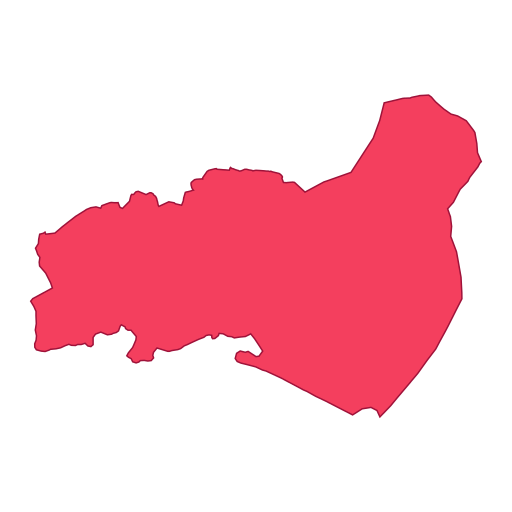 Al Makhrim, Homs (Hims), Syria
{"feature_id": "27442178B17685723948764", "entity_name": "Al Makhrim", "entity_type": "district", "adm_level": 2, "iso_a3": "SYR", "parent_name": "Syria", "parent_adm1": "Homs (Hims)", "projection": "albers", "projection_center": [37.338, 34.825], "detail": "fine", "context": "isolated", "style": "filled", "palette": "rose", "viewbox_px": 512, "rotation_deg": 0, "n_neighbors": 0, "source": "geoboundaries", "source_scale": "gbopen_adm2", "svg_char_len": 5027}
<svg xmlns="http://www.w3.org/2000/svg" viewBox="0 0 512 512"><path d="M379.9,416.9L385.7,410.9L390.7,405.7L392.5,403.5L397.2,397.8L410.4,382.2L411.0,381.4L414.9,376.8L417.9,373.2L421.6,368.0L427.2,360.2L435.7,349.1L436.5,347.6L439.4,342.1L445.2,331.5L448.1,326.0L454.8,312.7L456.4,309.5L461.9,298.8L461.8,292.7L461.0,277.2L457.9,259.5L456.5,251.8L452.8,241.9L451.3,238.0L450.7,236.4L451.2,230.9L451.6,226.4L450.4,216.6L449.3,213.7L448.9,212.4L447.6,208.8L453.4,202.3L458.5,192.4L460.2,189.2L465.5,183.8L467.9,181.3L468.7,179.5L469.8,177.3L477.8,167.0L478.8,165.1L479.7,163.3L481.3,161.6L480.8,160.5L477.5,152.7L476.8,143.5L474.9,132.6L473.7,130.6L466.3,120.8L457.7,116.0L455.7,115.4L451.0,114.1L443.7,109.0L439.8,105.6L435.6,101.9L433.9,100.0L431.5,97.2L431.3,97.0L428.7,95.1L419.6,95.6L419.0,95.8L417.7,96.1L411.8,97.3L409.8,98.1L407.9,98.1L406.1,98.2L405.2,98.2L404.8,98.2L402.7,98.4L401.5,98.7L400.6,98.9L398.2,99.5L396.6,99.9L395.8,100.1L395.3,100.2L393.5,100.6L392.4,100.9L390.2,101.4L387.2,102.1L386.5,102.3L385.2,102.6L384.9,102.7L384.2,102.8L381.9,111.9L379.7,120.6L377.9,125.4L373.2,138.2L369.8,143.4L351.0,172.4L326.8,181.0L324.0,181.9L305.0,192.1L298.5,186.1L294.5,182.4L292.6,182.1L291.9,182.2L291.5,182.2L286.8,182.6L286.7,182.7L283.5,182.5L283.0,181.4L283.0,181.2L282.5,179.9L281.9,178.1L282.3,177.5L282.4,177.2L282.4,176.7L281.7,175.6L280.6,174.5L280.2,174.2L279.2,173.5L272.2,171.8L270.8,171.2L270.0,171.5L269.8,171.5L268.7,171.2L268.3,171.1L266.8,171.1L263.7,170.8L259.6,170.5L259.3,170.5L256.0,170.3L255.3,170.4L254.1,170.6L252.9,170.9L252.0,170.4L251.9,170.4L249.8,170.0L249.4,170.0L247.5,169.5L246.7,169.3L244.7,169.3L242.9,170.1L242.0,170.5L241.1,170.8L240.2,171.0L239.3,171.1L238.6,170.6L237.9,170.4L237.2,170.3L237.1,170.2L235.5,169.7L235.4,169.7L235.2,169.6L233.8,169.0L233.3,168.8L233.0,168.7L232.7,168.6L231.7,168.5L231.4,168.2L230.8,167.6L230.5,167.4L230.1,168.0L229.3,170.2L229.1,170.2L225.7,169.9L223.8,169.8L218.9,169.4L218.2,169.4L217.5,169.3L217.4,169.3L217.1,169.2L216.9,169.2L216.3,168.6L215.8,168.7L215.6,168.7L214.9,168.8L214.4,168.9L213.6,169.1L208.8,170.3L207.6,171.1L207.1,171.4L205.7,173.4L202.9,177.4L202.7,178.1L202.7,179.0L201.7,178.9L201.2,178.9L200.7,179.0L199.8,179.0L198.3,179.1L197.0,179.2L196.8,179.2L196.2,179.3L194.5,179.7L193.9,180.2L192.9,181.0L192.1,181.8L191.6,182.1L191.2,182.6L191.0,183.6L191.1,185.0L191.5,186.5L191.8,187.8L192.4,188.8L193.0,189.7L193.4,190.2L192.3,190.4L191.0,190.9L190.0,191.2L189.1,191.4L188.0,191.7L186.4,192.0L185.3,192.4L183.7,197.9L183.3,200.7L183.3,200.9L181.6,205.2L175.4,203.8L174.2,202.8L168.8,201.8L158.9,206.4L158.3,205.4L158.0,204.3L157.8,203.3L157.6,202.2L157.4,201.4L157.0,200.2L156.8,199.2L156.5,198.1L156.1,197.5L155.6,196.4L153.8,195.1L153.3,194.2L152.9,193.7L151.6,193.0L151.3,192.8L149.9,192.7L146.0,194.6L145.2,194.2L138.2,191.3L136.0,191.8L134.8,193.0L134.1,194.0L133.3,194.5L131.6,194.4L131.3,195.0L131.2,195.2L130.9,195.6L129.5,201.3L122.5,208.4L121.9,208.2L120.8,207.7L120.0,207.4L119.6,206.4L119.3,205.8L118.8,204.5L118.4,203.5L118.1,202.6L117.3,202.7L116.6,202.7L115.3,202.7L114.3,202.7L113.1,202.6L111.9,202.5L110.9,202.5L109.6,202.8L108.4,203.2L107.7,203.5L106.7,203.8L105.9,204.1L105.4,204.3L104.4,204.7L103.5,205.0L102.7,205.3L101.8,205.7L101.5,206.4L100.7,208.2L96.0,206.9L90.8,207.7L86.4,209.5L84.7,210.7L75.7,216.3L68.6,221.8L62.0,227.0L59.5,229.2L54.9,233.1L45.8,234.2L45.0,232.1L43.5,233.2L39.7,234.2L38.7,239.2L38.4,243.6L35.5,248.2L36.6,251.0L37.7,254.3L39.9,257.4L39.2,262.2L39.6,266.0L45.7,273.1L50.6,282.8L52.4,288.0L32.8,298.6L30.7,301.2L33.9,306.5L36.0,311.3L36.0,315.7L36.3,323.7L35.3,330.0L36.5,335.8L36.1,340.2L34.7,343.8L34.8,347.3L36.4,349.8L41.2,351.1L45.1,351.5L49.1,350.1L50.5,349.3L56.0,348.8L60.6,347.8L65.1,345.7L68.9,344.3L71.3,345.3L75.4,345.5L77.6,344.5L81.2,344.5L85.1,343.3L87.9,346.0L90.9,346.6L91.3,346.2L93.1,344.7L93.1,337.4L95.5,334.1L97.9,333.2L100.8,332.1L107.4,334.8L111.6,334.2L113.0,333.4L116.3,332.5L118.5,330.9L119.7,327.5L120.1,326.3L121.3,324.8L125.1,326.9L125.6,328.6L128.0,330.2L131.0,330.2L134.0,333.8L136.3,336.5L135.9,339.9L133.9,344.7L132.6,347.6L128.4,352.8L126.8,355.8L128.4,357.2L131.2,358.7L132.7,361.8L136.1,362.9L138.9,362.0L140.3,360.6L144.2,360.4L147.8,361.0L151.2,360.6L153.6,357.9L152.8,355.4L153.5,352.3L157.0,348.0L159.9,348.9L167.7,351.3L169.5,351.3L171.7,350.6L174.0,350.2L177.8,349.6L180.6,348.6L184.3,345.8L187.3,344.6L192.1,342.3L198.0,339.6L199.7,338.9L203.9,337.3L206.1,335.5L209.0,334.9L211.7,335.3L211.8,337.4L212.6,338.7L214.8,338.5L216.2,337.4L218.4,335.6L219.1,333.4L223.2,333.8L227.8,336.3L231.7,336.7L234.3,337.9L239.5,337.1L245.4,336.5L250.5,334.0L250.7,333.8L254.6,338.7L259.5,346.1L262.7,351.1L259.0,356.2L256.0,356.6L248.1,351.4L245.3,352.3L240.2,351.0L236.6,353.3L235.2,358.5L237.2,361.5L241.0,363.1L246.3,364.4L252.5,366.0L255.8,366.9L262.4,370.0L266.0,371.0L281.1,378.0L303.4,389.9L306.7,391.3L315.7,396.3L325.4,400.9L352.6,414.9L362.2,408.8L371.0,407.4L377.0,410.5L379.9,416.9Z" fill="#f43f5e" stroke="#9f1239" stroke-width="1.5"/></svg>